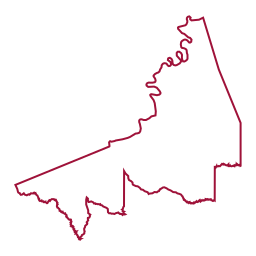 Mapiripana, Guainía, Colombia
{"feature_id": "7082276B54584642345614", "entity_name": "Mapiripana", "entity_type": "district", "adm_level": 2, "iso_a3": "COL", "parent_name": "Colombia", "parent_adm1": "Guainía", "projection": "mercator", "projection_center": [-70.379, 2.876], "detail": "fine", "context": "isolated", "style": "outline", "palette": "rose", "viewbox_px": 256, "rotation_deg": 0, "n_neighbors": 0, "source": "geoboundaries", "source_scale": "gbopen_adm2", "svg_char_len": 5836}
<svg xmlns="http://www.w3.org/2000/svg" viewBox="0 0 256 256"><path d="M109.3,146.5L15.4,184.9L17.3,189.0L18.0,192.0L18.5,192.7L19.9,193.3L20.0,193.9L20.8,194.8L22.1,194.6L23.8,193.3L24.7,194.6L26.8,195.3L28.3,194.4L29.4,194.7L29.5,194.2L30.4,194.0L30.9,193.3L33.2,193.5L33.7,192.8L34.3,192.6L35.0,193.2L35.3,193.1L35.3,193.8L35.9,193.8L36.4,194.9L37.4,195.5L38.4,197.9L39.2,198.8L39.1,199.4L38.8,199.4L39.3,200.5L39.9,201.0L40.7,200.8L41.1,201.0L41.3,200.5L41.6,200.4L42.0,201.4L43.4,201.3L43.6,202.1L44.0,202.3L45.4,201.7L45.4,202.0L46.9,203.2L47.4,203.1L48.1,201.8L48.8,201.3L48.8,200.7L49.5,200.3L49.8,200.5L49.8,200.1L50.3,200.2L51.8,199.1L53.6,199.1L55.2,199.6L54.9,200.2L55.7,200.5L56.0,200.3L56.1,200.9L56.8,201.4L57.1,203.6L57.4,203.5L57.3,204.1L57.5,204.4L57.1,204.6L56.9,205.2L57.1,205.8L56.9,206.5L57.4,207.6L58.1,207.7L58.6,208.5L59.3,208.9L59.6,210.6L60.0,210.4L60.5,210.7L60.9,211.8L61.6,212.2L61.6,211.7L62.6,211.7L62.6,212.3L64.5,213.7L65.2,213.4L65.5,214.3L66.5,215.0L66.7,216.1L66.2,216.4L66.6,217.3L67.4,217.6L68.7,219.4L70.3,219.5L70.3,219.9L70.9,219.9L70.8,220.8L71.3,221.1L71.5,221.7L71.2,222.3L70.5,222.7L71.0,223.6L70.6,224.6L71.5,225.3L71.4,225.5L71.7,225.6L71.4,225.9L72.0,226.0L71.8,226.3L72.8,226.4L72.7,227.2L73.2,227.2L73.1,227.4L73.6,228.2L73.4,228.8L74.1,229.1L73.8,229.8L74.0,230.0L74.3,229.8L74.4,230.6L75.0,230.8L74.7,231.6L75.3,231.9L76.0,231.7L75.4,232.4L76.1,232.6L75.9,233.1L76.3,232.9L76.1,233.8L77.3,234.9L77.4,235.1L77.1,235.1L77.8,236.2L77.9,237.0L78.4,236.9L78.8,237.7L79.1,237.7L78.9,238.7L79.6,239.2L79.5,239.4L80.2,239.6L80.4,239.3L80.1,239.1L80.7,238.8L80.0,238.7L80.1,237.5L81.7,236.0L81.9,235.1L83.7,234.1L84.4,233.1L84.3,232.1L84.7,231.4L84.2,230.1L84.2,228.5L85.0,227.2L85.2,225.8L87.1,224.2L87.3,223.2L86.8,222.8L86.7,222.2L88.2,220.3L87.8,219.0L87.9,217.9L89.3,217.6L89.9,216.4L89.8,215.4L90.3,214.7L88.2,213.1L88.2,210.4L86.2,204.5L86.2,199.7L86.7,197.5L87.9,198.6L87.5,199.7L88.1,200.2L88.0,200.8L88.6,202.0L89.7,201.9L91.2,201.4L93.3,202.4L94.0,203.5L95.1,203.3L95.6,204.0L96.8,203.8L97.6,204.2L98.9,204.1L99.7,204.6L100.3,204.2L100.8,205.1L102.2,205.4L103.1,206.4L106.6,207.9L107.8,209.0L108.0,212.2L109.1,213.3L110.4,213.2L111.5,213.7L113.0,213.6L114.4,214.0L115.8,213.2L118.3,212.5L118.7,213.2L119.6,213.4L120.0,214.0L121.4,213.9L122.6,215.0L123.5,214.1L124.7,214.5L125.2,214.3L123.3,213.1L123.6,212.3L123.3,211.7L123.7,211.5L122.6,211.1L122.7,209.6L122.3,209.4L122.8,209.1L123.3,207.1L124.0,206.3L124.1,171.1L125.5,173.5L128.2,176.0L128.3,178.2L129.0,180.0L131.2,181.2L132.5,182.5L132.7,184.3L133.1,184.8L135.9,186.1L137.7,186.3L139.8,187.8L141.0,189.4L143.0,189.8L144.7,191.2L147.6,192.2L148.7,194.0L149.4,193.6L152.4,193.3L154.5,192.0L156.9,192.3L157.7,191.5L159.0,191.1L159.4,190.0L160.1,189.6L160.3,188.9L161.0,188.8L162.9,187.5L164.3,187.3L166.6,188.3L168.3,189.5L170.6,190.4L173.2,192.1L175.9,192.3L177.4,193.4L179.5,193.9L181.2,194.7L181.9,195.9L182.6,196.4L182.7,197.0L183.2,197.6L183.3,198.6L183.9,198.9L183.9,199.9L185.2,200.2L185.5,201.1L186.5,201.4L186.6,202.0L187.0,202.3L187.2,202.1L187.3,202.4L187.8,202.3L187.6,202.5L188.2,202.7L188.8,202.2L189.6,202.4L189.5,202.8L190.3,202.5L190.9,203.0L191.2,203.0L191.1,203.4L193.0,203.4L193.4,202.9L193.9,203.4L194.2,203.1L194.3,202.3L194.7,202.3L194.5,202.7L194.9,202.8L196.2,201.5L196.3,201.9L197.3,202.1L197.9,201.8L198.0,201.4L199.0,200.6L198.9,201.4L199.9,200.9L200.5,201.5L200.9,200.7L201.1,201.0L201.8,200.4L201.9,200.7L203.4,200.2L203.8,200.6L204.6,200.4L204.7,200.1L205.8,199.9L205.7,199.0L207.1,199.3L207.6,199.1L208.1,199.8L208.7,199.4L209.3,199.4L209.5,199.6L210.8,199.2L211.2,200.2L212.2,200.4L212.5,200.8L213.2,200.5L213.4,200.8L214.4,200.3L214.7,200.5L214.8,167.0L215.5,167.2L215.9,166.8L216.0,167.0L216.5,166.1L216.6,166.7L218.4,166.0L218.8,166.3L219.3,166.1L220.0,166.2L222.0,163.9L222.6,164.3L223.4,163.7L224.2,164.1L224.0,164.6L224.9,164.6L225.9,165.2L227.5,165.2L227.9,164.8L227.8,165.3L228.2,165.2L228.5,166.1L229.6,166.1L230.0,165.3L230.5,166.0L231.7,166.3L233.7,165.5L233.6,166.0L234.5,166.3L234.8,165.4L235.9,165.4L236.2,164.5L236.7,164.7L236.7,164.3L237.0,164.7L237.3,164.3L238.0,165.1L239.3,164.8L239.3,165.2L239.6,165.1L239.9,165.5L240.2,165.2L240.4,165.9L240.6,165.8L240.6,122.9L218.8,69.5L203.1,17.7L199.0,19.7L191.5,20.4L190.3,19.4L190.1,18.9L190.6,17.6L189.3,16.4L188.5,16.6L187.7,16.9L186.9,18.0L186.8,19.3L187.3,20.7L187.3,22.2L186.3,24.5L185.3,25.3L178.5,27.0L178.0,27.5L178.1,28.8L182.0,33.1L184.3,33.9L188.2,37.3L190.1,37.9L191.5,39.6L191.2,41.8L190.0,42.6L189.2,42.5L187.3,40.4L185.7,39.6L184.5,39.6L183.5,40.0L181.9,41.1L181.1,42.2L180.8,44.6L181.3,47.2L182.0,47.9L183.9,48.2L185.7,49.0L186.6,50.1L186.9,53.0L187.5,54.8L187.5,58.8L187.0,59.7L185.6,60.9L184.4,61.5L183.1,61.4L182.3,59.9L181.9,57.8L182.0,54.9L181.2,53.2L179.3,51.7L177.6,51.8L176.7,53.0L176.8,55.7L181.1,60.6L181.0,61.6L179.7,63.4L176.7,65.1L175.3,65.4L173.8,65.0L173.0,64.3L172.6,63.3L172.3,60.5L171.4,58.8L169.8,57.8L168.4,58.2L168.0,58.9L167.9,60.1L170.5,62.0L171.1,64.0L170.8,65.1L170.0,65.9L168.8,66.1L167.7,65.4L166.9,64.1L166.0,63.4L164.2,63.2L162.8,63.8L161.7,65.3L161.5,67.3L160.1,69.5L159.5,71.4L158.3,72.5L157.0,72.9L155.0,74.0L153.6,75.5L153.6,76.4L155.1,78.6L155.4,79.6L155.6,80.7L155.3,81.7L154.8,82.2L152.4,82.7L148.6,82.6L147.3,83.1L146.7,83.8L146.4,84.7L146.6,85.6L148.2,86.9L154.1,86.6L156.8,87.7L159.8,91.3L160.5,92.8L160.4,93.6L159.4,94.6L157.0,95.2L151.5,94.2L150.7,94.4L150.2,95.0L150.7,96.2L153.6,100.1L154.7,103.1L155.8,111.3L155.5,115.4L151.4,116.4L149.4,118.2L146.0,120.0L143.7,120.0L141.6,119.3L140.3,119.4L139.6,119.9L139.2,120.6L139.2,122.0L139.9,124.0L140.8,128.5L140.2,131.4L139.3,132.7L137.7,133.3L135.5,133.6L130.1,136.9L127.7,137.9L122.5,139.3L115.7,140.5L114.7,141.0L111.5,141.7L110.1,141.2L109.1,142.3L109.5,146.1L109.3,146.5Z" fill="none" stroke="#9f1239" stroke-width="2"/></svg>